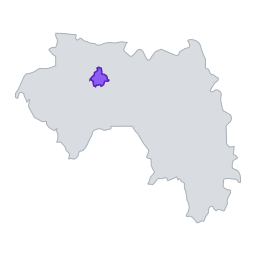 location of Labe, Labé, Guinea
{"feature_id": "49546643B62226026687736", "entity_name": "Labe", "entity_type": "district", "adm_level": 2, "iso_a3": "GIN", "parent_name": "Guinea", "parent_adm1": "Labé", "projection": "robinson", "projection_center": [-12.343, 11.413], "detail": "fine", "context": "in_parent", "style": "filled", "palette": "violet", "viewbox_px": 256, "rotation_deg": 0, "n_neighbors": 0, "source": "geoboundaries", "source_scale": "gbopen_adm2", "svg_char_len": 4877}
<svg xmlns="http://www.w3.org/2000/svg" viewBox="0 0 256 256"><path d="M161.0,178.7L158.7,178.4L157.6,178.9L154.5,183.0L152.7,184.6L149.8,184.1L148.7,184.4L147.9,183.9L149.0,181.7L150.5,177.2L154.3,172.6L154.4,171.7L152.8,169.0L151.2,165.4L151.2,161.6L150.8,158.8L147.5,158.0L146.8,157.5L146.7,156.6L148.6,151.8L148.8,150.8L148.6,149.9L146.5,147.4L143.2,142.9L137.6,133.5L135.5,131.5L133.6,128.7L132.8,126.9L130.7,126.2L111.2,126.3L110.9,128.8L104.2,130.4L100.0,128.5L95.4,129.6L93.2,130.9L91.5,136.3L90.5,137.5L89.5,140.0L88.6,141.3L87.6,144.0L85.4,147.9L83.1,150.3L79.2,151.7L78.0,155.7L77.1,157.2L75.6,158.4L74.0,159.2L70.8,158.4L69.0,159.1L68.7,158.1L69.7,154.9L68.9,153.2L65.8,149.9L65.6,148.3L64.6,146.2L60.6,142.0L56.8,142.2L57.9,138.6L57.8,133.9L56.6,131.3L56.9,128.6L56.2,128.8L54.9,130.6L52.9,130.0L48.8,127.2L46.7,124.4L46.5,122.1L46.0,121.2L44.8,121.7L42.2,121.6L34.4,117.5L28.8,107.0L28.7,104.6L29.5,100.5L29.3,99.4L26.8,102.1L26.3,100.3L24.3,96.1L23.8,93.7L21.9,92.6L20.4,92.4L19.2,93.2L17.7,98.2L16.5,98.1L15.4,97.1L15.6,93.4L18.6,88.8L23.7,77.2L25.5,74.6L26.7,73.7L29.0,73.6L33.7,72.0L39.4,68.4L43.8,68.7L48.9,68.2L55.7,65.8L55.7,58.0L55.5,56.2L53.1,54.7L51.7,53.3L50.5,51.6L49.1,50.4L49.1,49.1L52.1,47.4L54.9,47.5L55.8,46.8L56.4,45.7L57.2,42.9L57.5,40.0L55.7,36.0L55.8,33.2L65.7,33.6L71.1,34.4L75.5,34.6L76.2,35.2L75.6,37.9L76.2,39.6L77.7,40.0L80.1,38.1L81.4,38.5L84.2,40.9L86.8,41.5L89.6,42.8L92.2,43.5L94.6,43.4L96.3,44.8L99.6,45.2L103.9,43.5L107.2,42.7L111.9,42.6L114.3,43.1L121.5,41.8L127.1,42.5L126.2,43.5L123.7,49.7L124.0,50.8L129.7,56.0L131.0,56.4L132.6,55.7L135.0,53.3L137.0,50.6L138.8,49.4L141.0,49.5L142.8,51.3L146.8,59.1L147.9,60.1L148.8,60.1L150.6,58.6L151.5,56.9L155.3,51.8L161.1,49.2L174.9,55.1L177.0,55.5L178.2,55.1L179.9,51.6L185.1,48.6L187.6,47.8L189.0,47.7L189.6,46.8L189.8,45.3L189.5,43.9L187.9,41.2L187.9,40.4L188.8,39.9L190.8,39.5L193.4,39.8L196.3,40.9L198.6,42.6L200.0,44.6L202.6,52.8L205.5,59.3L205.4,67.9L206.7,68.8L208.2,69.2L208.8,69.9L210.2,73.4L211.6,74.5L213.2,74.7L216.2,77.0L218.1,77.9L218.4,78.6L218.3,79.5L217.6,80.7L214.7,83.1L213.3,85.2L210.3,90.1L210.3,91.0L210.9,91.7L212.1,91.8L213.4,91.4L216.1,89.7L218.3,90.3L220.3,91.7L221.1,93.1L221.3,94.9L220.8,97.3L220.7,100.0L221.5,104.6L222.5,109.2L223.6,110.9L230.5,114.9L231.1,116.4L231.5,118.1L231.0,120.4L230.3,121.7L226.6,125.3L226.0,127.0L226.3,130.2L226.6,143.6L228.1,145.9L229.9,147.0L234.0,146.4L233.9,150.1L233.3,154.3L235.7,155.6L236.9,156.8L237.6,158.0L233.8,160.2L232.7,161.5L232.2,165.0L232.4,168.2L237.5,170.5L239.4,173.2L240.3,176.0L240.6,181.3L240.2,182.5L238.9,182.5L236.3,179.3L232.3,179.0L229.4,178.4L224.5,178.8L223.6,179.8L223.1,186.8L224.3,188.0L226.6,189.3L228.1,189.9L229.4,189.7L230.4,190.6L230.6,192.9L229.9,194.6L228.7,196.1L227.1,200.2L227.4,203.9L224.7,209.8L223.9,211.0L220.2,209.8L217.8,209.4L216.1,210.9L213.7,208.6L213.2,206.8L212.4,206.4L210.8,206.4L209.3,207.4L208.6,209.3L208.3,213.1L205.6,216.7L203.8,221.2L201.6,220.8L201.1,221.3L198.8,222.5L196.8,222.8L196.2,221.6L195.1,220.7L193.8,218.8L192.3,217.2L189.5,216.1L188.4,216.6L187.0,216.5L186.2,215.9L186.3,215.0L187.8,212.6L188.6,210.5L189.1,208.1L189.0,205.9L188.3,202.7L187.0,200.2L186.7,198.8L186.8,196.7L186.5,194.8L186.1,193.8L185.5,190.1L184.8,189.5L184.3,186.6L184.5,183.6L183.4,182.4L181.6,181.6L180.6,180.4L180.0,179.1L179.4,178.8L178.8,178.8L178.4,179.6L177.8,179.8L176.8,177.0L176.4,176.9L175.7,177.5L167.7,180.7L166.7,178.0L165.2,177.5L162.6,178.6L161.0,178.7Z" fill="#d9dde1" stroke="#a8b0b8" stroke-width="1"/><path d="M108.2,81.2L108.9,80.2L108.3,79.9L107.6,79.4L107.2,78.9L107.1,77.8L107.1,77.4L106.9,76.8L106.8,76.4L106.6,76.1L106.4,75.9L106.0,75.5L105.4,75.1L104.5,74.5L103.5,74.3L102.4,74.1L101.8,74.0L101.7,73.7L101.7,73.2L101.8,72.5L101.8,71.5L101.7,70.5L101.2,69.1L101.3,68.5L101.2,68.2L100.8,68.0L100.3,68.1L99.6,67.8L99.4,67.7L98.9,67.2L98.6,67.2L97.9,67.8L97.9,67.7L97.7,67.7L97.2,67.9L97.0,68.1L97.1,68.6L97.5,69.5L97.7,70.0L97.3,70.6L96.7,71.1L96.4,71.3L95.7,71.8L95.2,72.0L94.8,72.4L94.5,72.6L94.4,72.9L94.3,73.8L94.3,74.4L94.2,75.0L94.0,75.4L94.0,75.5L93.8,75.5L93.4,75.7L93.0,75.9L92.8,76.2L92.6,76.4L92.4,76.5L92.1,76.8L91.6,77.5L91.2,77.9L90.9,78.3L90.6,78.6L90.3,79.0L90.1,79.2L90.0,79.7L90.0,80.0L90.1,79.9L90.3,79.9L90.8,79.6L91.2,79.6L91.3,80.1L91.6,80.3L92.0,80.4L92.4,80.7L92.6,81.2L93.0,81.1L93.3,81.4L93.4,81.8L93.1,82.4L93.2,82.8L93.2,83.3L93.3,83.5L93.4,84.1L93.5,84.5L93.6,85.1L93.7,85.4L93.7,85.5L93.9,85.9L94.0,86.1L94.3,86.2L94.6,86.2L94.9,86.3L95.1,86.5L95.5,86.8L95.8,86.4L95.9,85.8L96.2,85.6L96.3,85.3L96.4,85.0L96.7,85.1L96.9,85.2L97.3,85.3L98.6,85.0L99.6,84.6L100.1,84.6L100.4,84.9L100.7,85.5L101.0,86.2L101.3,86.3L101.8,86.0L102.1,85.7L102.7,85.3L103.2,84.9L103.6,84.7L103.9,83.8L104.2,82.8L104.4,81.8L104.8,81.4L105.5,81.2L106.3,81.1L106.6,81.1L107.0,81.0L107.5,81.3L108.2,81.2Z" fill="#8b5cf6" stroke="#5b21b6" stroke-width="1.5"/></svg>